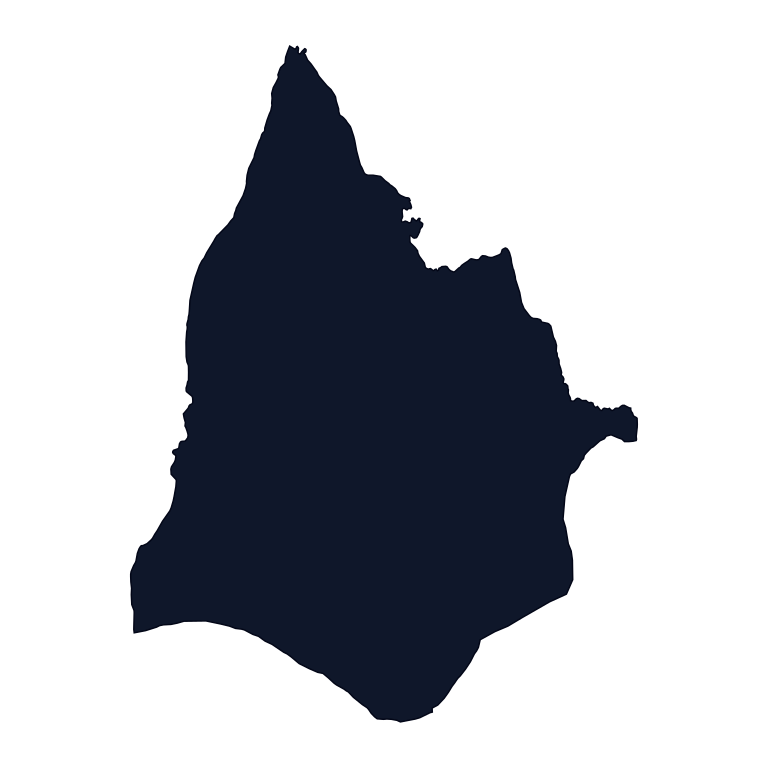 Segeneity, Debub, Eritrea
{"feature_id": "51966322B33057648537634", "entity_name": "Segeneity", "entity_type": "district", "adm_level": 2, "iso_a3": "ERI", "parent_name": "Eritrea", "parent_adm1": "Debub", "projection": "robinson", "projection_center": [39.223, 15.059], "detail": "fine", "context": "isolated", "style": "filled", "palette": "ink", "viewbox_px": 768, "rotation_deg": 0, "n_neighbors": 0, "source": "geoboundaries", "source_scale": "gbopen_adm2", "svg_char_len": 6091}
<svg xmlns="http://www.w3.org/2000/svg" viewBox="0 0 768 768"><path d="M636.2,440.5L636.5,439.3L636.2,436.3L637.2,427.2L637.3,424.2L637.1,418.4L636.6,417.7L633.7,416.1L633.0,414.7L632.5,413.1L631.6,411.9L630.8,410.2L630.7,408.1L629.1,407.8L624.2,405.3L622.4,405.4L620.8,406.4L618.7,408.3L616.0,408.2L615.0,408.6L614.0,409.7L612.8,410.4L611.9,410.5L610.9,409.9L609.4,408.3L608.1,409.0L604.2,408.2L603.1,408.8L601.9,410.5L601.0,410.4L600.1,409.9L597.5,406.5L595.7,407.5L594.8,406.9L593.5,405.4L592.9,403.2L591.0,402.4L589.2,402.7L587.8,402.1L586.0,400.5L582.4,400.6L581.6,400.4L579.1,398.6L577.5,398.3L576.3,398.8L574.1,401.0L572.2,401.2L570.6,400.6L570.4,398.4L570.0,397.2L568.7,394.8L568.2,392.8L568.4,389.8L567.8,388.1L567.9,387.2L567.6,385.7L566.0,384.1L565.1,383.6L564.2,383.7L563.3,383.1L563.2,382.1L563.8,379.8L563.8,378.7L563.0,376.9L561.2,375.1L561.6,372.4L560.7,368.6L559.1,364.0L559.0,360.3L558.7,359.2L557.3,356.5L557.1,353.3L556.2,351.3L556.5,345.5L555.4,341.3L553.4,337.1L550.8,326.1L549.0,324.1L547.8,323.4L541.7,322.1L540.6,320.0L539.2,319.3L537.1,318.7L533.1,318.4L531.2,317.5L529.4,315.7L524.0,308.6L521.5,302.4L519.7,292.5L515.5,279.4L515.2,276.6L513.7,270.1L513.0,268.7L511.6,262.8L511.0,258.1L509.5,252.8L508.5,250.7L507.1,248.8L505.6,248.0L504.6,248.3L502.3,249.6L501.0,253.6L499.4,254.7L497.0,255.7L492.5,257.4L490.8,257.5L488.5,257.2L485.5,256.0L482.6,255.7L481.4,256.4L479.0,259.4L478.1,259.7L476.7,259.9L475.3,259.7L471.5,258.8L470.5,259.0L467.9,261.2L464.3,263.5L461.7,265.4L460.2,267.3L458.8,268.0L455.1,271.4L453.9,272.1L450.6,270.8L449.0,269.5L447.0,266.7L445.7,266.3L441.9,266.6L440.6,267.6L439.0,268.3L438.4,270.3L437.3,270.8L436.1,269.1L434.8,269.6L434.3,270.3L433.1,270.6L430.6,268.6L429.2,268.8L428.4,269.2L426.3,268.3L425.3,267.3L424.3,263.0L419.4,256.3L418.0,253.4L417.5,250.7L415.0,247.4L410.7,243.2L410.1,242.3L409.8,239.7L409.8,236.6L410.2,235.5L411.2,235.7L413.2,237.7L414.2,238.1L416.1,237.8L416.9,237.1L418.1,234.9L419.6,231.6L420.0,229.6L420.7,228.3L422.2,226.6L422.7,224.4L422.6,223.5L421.1,222.3L419.9,221.8L419.6,220.8L420.0,218.6L419.0,218.3L417.9,219.3L417.5,220.2L416.2,220.9L414.2,219.4L413.0,218.1L411.9,218.4L411.3,221.5L410.6,222.5L409.7,222.8L408.8,222.8L407.1,221.7L405.2,221.1L403.0,222.1L402.0,221.9L401.5,221.3L401.4,219.4L402.0,218.5L402.6,216.7L402.1,211.7L402.3,209.2L403.0,208.6L404.0,208.4L405.1,208.7L406.2,209.7L407.1,209.9L408.2,208.7L408.9,208.4L410.8,208.7L411.5,207.3L410.9,204.9L409.3,201.1L410.1,200.6L409.3,198.5L408.2,197.9L405.5,197.6L400.9,195.6L399.2,194.5L397.6,192.8L396.6,190.6L395.2,188.7L391.9,186.0L389.8,184.7L388.8,183.5L384.9,180.6L381.4,177.1L380.4,176.4L373.0,175.2L367.8,175.2L365.3,174.2L364.0,172.6L362.0,167.9L360.4,165.1L359.7,162.8L356.6,151.0L354.7,140.6L353.7,136.5L351.1,128.5L350.3,126.5L347.2,122.5L345.8,120.3L343.5,117.8L342.2,116.7L340.1,115.4L339.6,114.5L338.7,111.4L338.6,108.8L336.2,101.0L335.5,96.9L334.2,94.5L331.0,89.6L326.8,85.7L319.2,76.7L318.2,75.2L316.8,72.0L315.1,69.7L311.0,63.9L307.6,60.1L305.2,54.8L303.8,53.2L305.7,52.0L306.0,51.2L306.1,49.8L305.5,49.0L304.7,48.7L302.0,51.4L300.1,54.0L298.8,53.6L298.0,52.5L298.5,48.6L298.3,47.7L297.4,46.5L296.6,46.9L296.3,47.9L295.5,48.9L294.6,49.0L289.7,46.1L287.6,51.5L285.7,57.1L285.0,63.4L280.8,67.4L279.9,69.2L277.9,74.9L278.4,76.6L278.3,78.0L276.1,82.5L273.3,87.5L271.7,93.5L272.1,98.3L271.7,103.3L272.0,105.2L270.8,110.9L269.4,113.9L267.1,120.1L264.8,128.0L264.7,130.4L264.2,131.7L262.7,133.0L261.7,134.7L260.6,138.7L259.4,140.8L255.9,150.4L254.6,154.5L254.1,157.5L248.8,168.3L247.1,175.2L246.5,181.3L246.6,183.4L246.1,185.9L245.5,188.6L243.1,195.6L236.4,208.0L235.8,210.5L234.6,213.5L233.8,217.6L230.6,221.1L227.9,224.9L218.3,234.7L217.1,235.6L215.0,238.9L213.9,241.0L206.7,252.8L204.2,258.0L201.9,260.9L199.5,265.6L195.3,277.2L193.8,283.1L190.0,300.2L189.3,311.4L189.0,314.5L188.4,316.9L188.2,319.4L187.0,323.7L186.9,325.2L187.3,326.8L187.2,329.1L186.7,331.8L186.0,341.9L186.2,356.7L187.0,362.0L188.3,365.1L188.5,366.7L188.6,372.3L188.5,380.3L187.6,381.9L187.0,385.2L186.1,388.0L186.2,391.0L186.9,392.0L191.9,396.1L192.6,397.6L192.8,400.5L192.8,402.5L192.0,403.9L191.2,404.4L190.2,404.6L189.1,405.8L188.3,408.0L187.7,408.8L183.4,413.9L184.1,417.9L185.4,422.5L185.0,426.0L185.8,427.4L187.0,430.7L187.9,433.8L188.1,435.6L187.7,437.8L185.7,440.5L184.7,441.2L182.4,441.3L181.3,441.5L180.5,442.0L179.5,443.7L178.8,448.0L178.1,448.7L173.5,450.3L172.8,451.5L172.7,452.5L173.3,453.6L175.6,455.4L175.9,456.5L175.3,460.1L174.4,462.3L171.5,466.8L170.9,469.1L171.2,474.3L176.2,479.7L176.3,481.2L175.9,486.6L174.2,496.2L173.2,501.0L171.2,507.8L169.9,510.8L162.5,521.3L157.2,530.7L154.9,534.1L152.6,538.2L151.3,539.8L147.0,543.7L142.9,545.6L141.3,545.7L140.5,546.5L139.1,548.7L137.4,553.3L136.0,561.0L135.4,562.6L133.7,565.5L131.1,571.7L130.7,574.1L130.7,576.7L130.9,582.1L131.6,588.3L131.3,594.6L131.8,604.6L134.1,610.6L134.2,612.8L133.8,629.4L134.2,632.8L145.6,630.6L156.6,627.1L159.6,625.6L163.5,624.8L171.0,624.4L177.3,623.1L184.0,621.2L205.9,620.9L220.8,624.0L229.5,626.1L235.5,628.4L241.5,629.1L244.4,629.9L252.9,634.4L258.5,636.3L265.1,641.1L272.0,644.3L283.8,652.3L287.1,653.9L291.2,656.9L299.2,663.6L309.4,668.7L317.7,672.3L323.0,673.4L328.4,677.9L334.1,683.2L336.6,685.0L344.0,689.1L346.4,690.9L348.3,691.9L353.4,697.3L362.4,704.6L367.1,707.7L368.6,709.4L371.3,713.4L374.6,716.8L377.2,718.8L383.4,719.3L386.9,719.0L391.5,719.3L396.9,720.3L400.4,721.9L415.3,719.0L419.8,717.7L430.0,712.7L432.3,712.1L432.1,708.1L437.8,705.0L444.2,698.2L448.4,692.3L452.0,686.4L454.7,682.8L456.5,680.1L457.9,678.2L460.3,675.8L465.5,669.1L470.4,661.7L474.4,653.8L476.6,650.8L478.4,647.4L480.2,639.7L494.9,631.6L507.9,626.1L522.1,617.6L549.6,601.8L566.4,594.1L572.7,579.7L572.4,560.1L571.2,551.1L568.3,543.9L565.6,527.7L563.0,519.2L564.9,496.6L569.4,476.6L570.5,474.0L574.2,471.9L577.2,468.5L578.3,466.8L581.3,460.8L583.5,458.7L584.3,455.3L586.1,453.1L591.0,448.0L593.2,446.8L599.9,440.8L604.4,438.7L606.2,436.1L611.1,434.8L618.2,437.8L621.9,439.1L624.5,441.6L628.6,441.6L633.1,441.2L636.2,440.5Z" fill="#0f172a" stroke="#020617" stroke-width="1.5"/></svg>